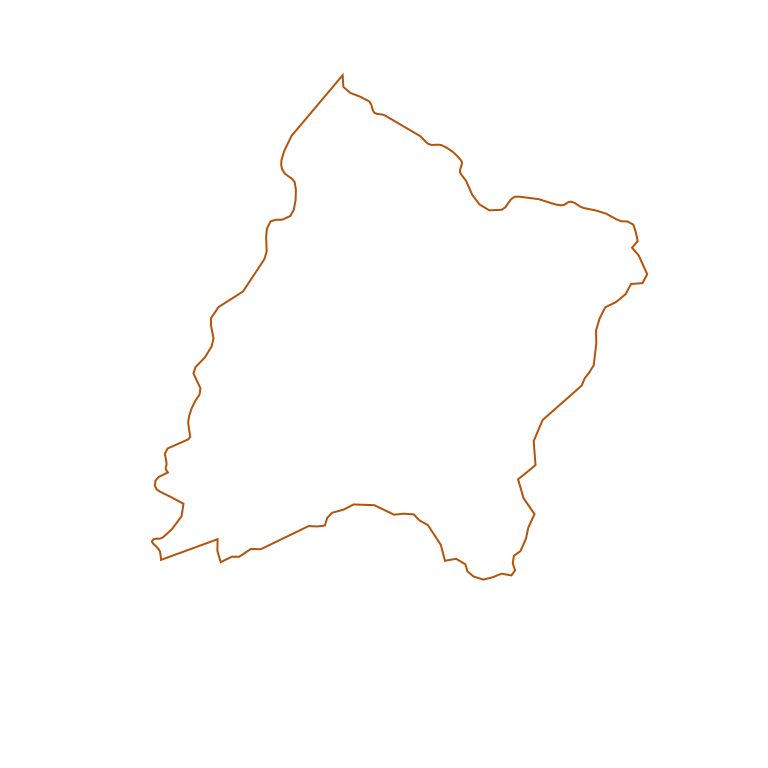 an SVG outline of Blagoevgrad, rotated 122°
{"feature_id": "BGR-3002", "entity_name": "Blagoevgrad", "entity_type": "Province", "adm_level": 1, "iso_a3": "BGR", "parent_name": "Bulgaria", "parent_adm1": "", "projection": "robinson", "projection_center": [23.441, 41.745], "detail": "fine", "context": "isolated", "style": "outline", "palette": "amber", "viewbox_px": 768, "rotation_deg": 122, "n_neighbors": 0, "source": "natural_earth", "source_scale": "10m", "svg_char_len": 2302}
<svg xmlns="http://www.w3.org/2000/svg" viewBox="0 0 768 768"><g transform="rotate(122 384 384)"><path d="M144.1,582.7L153.6,575.9L155.0,566.8L153.0,556.7L152.2,546.3L153.5,543.3L158.1,538.1L159.1,535.8L158.6,533.0L156.3,528.1L155.8,525.7L154.8,491.8L154.6,484.3L156.6,476.3L156.9,473.5L156.0,470.2L152.3,464.8L151.0,462.0L150.4,455.5L150.7,448.6L152.0,441.9L153.9,436.3L155.8,434.6L162.1,433.0L164.2,431.7L165.5,429.3L168.1,422.3L171.6,417.1L176.8,409.4L181.1,398.1L180.9,386.7L173.9,376.5L169.7,374.7L160.3,374.2L156.0,372.4L153.6,368.9L145.2,350.6L141.0,334.0L138.5,328.3L136.7,326.3L132.1,324.0L130.9,322.8L130.4,322.3L129.4,318.6L129.6,311.5L129.0,308.1L124.8,297.0L121.8,285.9L121.2,274.2L120.3,269.0L117.2,263.7L116.7,257.3L116.7,257.0L121.7,251.0L128.5,244.5L137.0,245.9L140.0,236.1L151.5,218.9L161.5,218.3L168.3,227.5L179.7,226.7L191.4,230.6L201.7,237.0L214.0,235.9L226.1,232.6L237.2,225.4L256.9,216.1L265.4,216.0L273.0,216.8L280.5,215.5L330.5,230.4L353.1,226.8L372.5,212.5L393.8,219.8L406.9,205.1L414.6,187.4L429.4,185.5L439.8,181.7L453.3,179.7L461.0,182.8L468.1,179.6L472.5,174.1L478.8,174.5L482.6,183.9L490.3,189.4L497.2,196.1L499.8,206.1L498.7,213.9L493.8,219.5L494.0,230.2L501.6,238.6L490.3,250.6L480.4,272.0L480.9,281.7L478.8,289.7L483.5,298.5L489.5,306.2L491.9,328.0L502.3,346.0L512.0,351.7L520.7,359.8L527.6,361.2L535.4,359.2L540.2,365.1L544.4,372.6L589.5,401.0L594.3,409.4L601.6,412.7L607.3,415.3L611.0,421.4L621.6,428.1L613.9,436.8L603.8,442.9L651.2,479.8L651.3,479.9L650.8,480.2L645.0,484.9L643.3,488.0L641.6,495.6L640.5,497.4L637.6,497.2L635.8,495.1L634.1,492.3L631.0,490.1L619.2,486.9L603.4,485.6L591.8,490.6L592.9,506.1L594.0,516.9L593.8,521.0L591.4,524.6L586.9,526.6L582.2,525.8L573.5,520.4L572.0,523.9L570.1,525.0L568.0,525.5L565.8,526.9L559.2,532.9L553.3,533.3L534.7,520.7L531.5,520.3L520.8,529.5L514.4,532.3L506.2,534.3L497.8,535.1L490.8,534.8L484.9,537.4L476.0,551.2L469.5,552.8L456.5,550.0L443.4,550.1L435.7,552.7L425.8,562.0L424.6,562.6L419.7,565.6L406.4,565.1L380.3,552.6L341.3,551.6L333.7,553.8L321.7,561.9L314.6,565.5L306.2,566.4L302.1,562.8L298.4,557.2L291.0,552.4L284.0,552.9L274.7,556.5L265.9,561.7L260.1,566.8L258.8,570.5L258.2,579.3L256.1,584.0L252.5,587.4L248.2,589.7L239.3,592.1L222.6,593.9L144.1,582.7Z" fill="none" stroke="#b45309" stroke-width="2"/></g></svg>